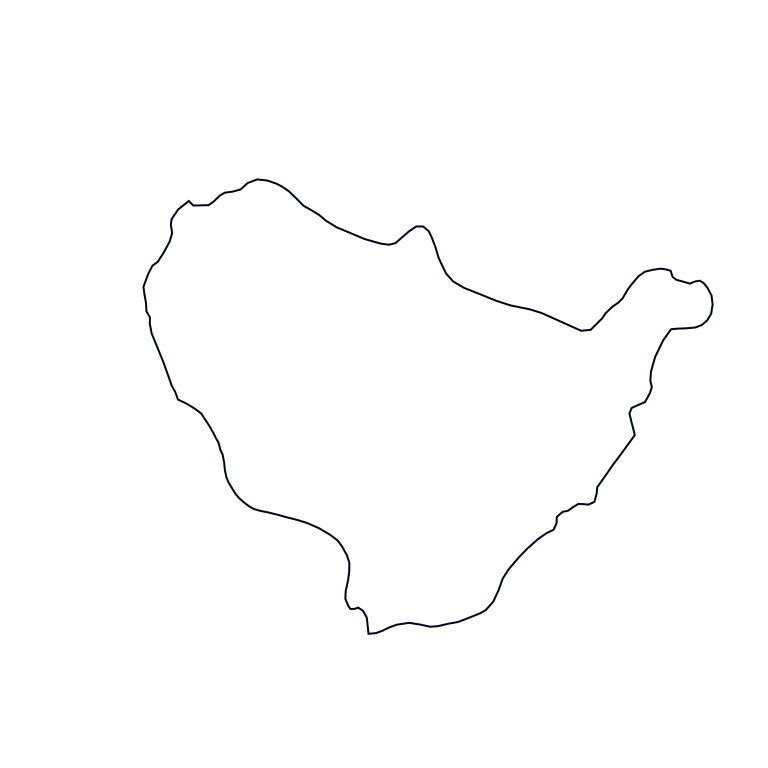 Ndolou, Ngounié, Gabon, rotated 296°
{"feature_id": "22940354B46648613640917", "entity_name": "Ndolou", "entity_type": "district", "adm_level": 2, "iso_a3": "GAB", "parent_name": "Gabon", "parent_adm1": "Ngounié", "projection": "mercator", "projection_center": [10.279, -1.522], "detail": "fine", "context": "isolated", "style": "outline", "palette": "ink", "viewbox_px": 768, "rotation_deg": 296, "n_neighbors": 0, "source": "geoboundaries", "source_scale": "gbopen_adm2", "svg_char_len": 2398}
<svg xmlns="http://www.w3.org/2000/svg" viewBox="0 0 768 768"><g transform="rotate(296 384 384)"><path d="M611.4,592.0L610.6,587.1L608.8,581.8L604.6,575.7L599.3,569.3L592.6,565.6L581.9,562.8L575.2,561.6L565.5,560.9L559.8,558.9L553.1,555.2L544.9,552.2L538.3,551.2L532.3,549.1L523.3,546.0L518.3,537.9L516.9,494.6L515.0,482.2L510.1,463.3L508.0,448.7L507.2,436.6L505.5,414.0L506.5,401.1L510.6,391.2L521.1,378.0L529.8,370.0L536.6,362.7L541.0,357.2L542.7,350.1L539.8,344.0L532.5,339.7L523.3,335.8L515.7,332.6L511.4,327.5L508.7,319.3L505.8,303.0L504.1,272.6L505.3,260.3L507.5,251.5L508.4,242.0L508.9,233.5L512.1,224.6L515.5,214.1L516.7,206.6L516.9,199.3L515.7,189.8L512.3,180.4L504.8,173.3L496.1,169.9L490.7,163.8L486.1,157.0L481.5,153.9L473.5,151.0L467.9,148.0L460.8,134.4L462.9,128.3L450.6,122.5L439.2,120.8L433.9,122.5L426.8,127.4L418.3,128.9L406.0,128.4L395.0,127.2L388.7,124.0L379.5,123.8L365.9,125.2L360.0,129.1L352.3,134.7L345.2,138.6L341.3,144.4L335.5,147.1L327.7,152.9L306.4,176.7L289.4,194.0L285.2,200.0L279.7,205.6L279.8,213.2L279.4,219.6L278.8,225.3L277.4,232.5L269.9,245.2L265.2,252.1L261.7,256.6L258.9,260.8L253.3,265.6L249.7,270.0L243.3,274.8L236.9,278.7L231.0,283.3L227.3,287.5L220.5,298.1L218.0,303.5L216.1,310.4L214.9,316.7L214.6,321.9L215.8,328.7L217.7,335.7L219.7,345.0L221.6,355.1L223.9,366.2L225.4,376.1L225.9,388.7L224.8,401.9L223.0,411.1L219.4,417.8L213.9,425.6L208.2,431.2L200.3,434.9L191.7,437.8L181.3,440.3L174.0,443.4L168.9,449.2L167.1,452.4L169.0,456.2L171.7,458.8L170.9,464.7L166.5,470.9L160.5,474.7L152.7,479.6L156.6,486.0L161.2,490.5L167.6,495.5L173.2,500.9L180.4,511.4L183.8,522.5L186.0,531.7L189.8,538.4L197.3,547.6L202.3,554.6L207.7,559.7L219.8,570.7L225.4,574.6L236.3,577.6L248.6,577.4L261.2,576.0L272.2,577.3L287.3,581.2L299.0,585.0L312.6,590.6L321.2,595.5L327.4,600.3L334.6,600.1L340.3,597.6L347.6,600.7L350.6,604.9L356.3,607.9L361.4,611.3L363.3,615.5L365.2,620.6L370.3,624.8L378.9,623.1L384.8,620.9L401.7,623.7L411.3,625.1L419.9,626.8L447.8,631.8L450.5,629.8L458.3,623.1L465.1,617.5L471.0,617.1L476.9,621.9L482.1,626.5L492.8,627.0L498.7,626.0L503.8,621.9L512.3,618.5L527.4,615.8L545.8,615.8L559.0,618.0L561.9,622.6L566.2,630.6L571.3,639.1L576.4,643.8L583.2,646.7L590.8,647.2L599.5,644.5L607.1,639.6L612.4,632.3L614.8,627.2L615.3,622.6L612.4,618.5L608.3,614.9L607.1,607.8L605.8,601.0L606.8,596.4L611.4,592.0Z" fill="none" stroke="#020617" stroke-width="2"/></g></svg>